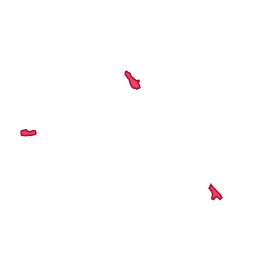 the district of Mu'omu'a, Tonga, rotated 190°
{"feature_id": "48082658B47092597141072", "entity_name": "Mu'omu'a", "entity_type": "district", "adm_level": 2, "iso_a3": "TON", "parent_name": "Tonga", "parent_adm1": "", "projection": "natural_earth1", "projection_center": [-174.718, -20.295], "detail": "fine", "context": "isolated", "style": "filled", "palette": "rose", "viewbox_px": 256, "rotation_deg": 190, "n_neighbors": 0, "source": "geoboundaries", "source_scale": "gbopen_adm2", "svg_char_len": 1615}
<svg xmlns="http://www.w3.org/2000/svg" viewBox="0 0 256 256"><g transform="rotate(190 128 128)"><path d="M130.6,168.7L129.4,168.2L128.0,168.4L126.8,168.3L126.1,167.9L125.1,168.6L123.7,169.4L123.3,170.1L123.7,170.8L124.3,171.7L124.6,172.5L125.0,172.8L125.5,173.4L125.9,174.0L126.0,174.7L125.2,175.3L125.1,176.0L125.1,176.3L125.8,176.8L126.3,176.7L126.2,176.3L127.3,176.1L128.5,176.2L129.2,176.8L130.3,177.1L130.8,177.8L131.3,178.1L132.0,178.3L133.2,178.9L134.2,179.9L134.8,181.1L135.3,181.9L136.2,182.5L137.7,182.7L138.1,183.1L138.6,183.3L139.5,183.6L139.9,183.4L140.2,183.0L140.2,182.3L140.1,182.2L140.2,181.5L140.2,180.7L139.9,180.3L138.8,179.1L137.0,177.2L136.6,176.8L135.9,176.8L135.5,176.3L134.1,173.4L132.9,171.4L132.1,170.2L131.1,169.1L130.6,168.7ZM34.0,79.5L34.0,78.9L33.4,77.8L33.1,76.4L32.9,75.9L33.2,74.2L33.4,73.2L32.7,72.7L32.2,72.4L31.3,72.4L30.6,73.6L28.7,76.1L26.8,74.8L26.2,74.5L24.9,73.6L24.3,74.5L23.4,75.7L24.8,77.3L25.2,78.1L25.8,78.5L26.2,79.1L27.7,79.7L28.3,80.5L29.4,81.0L30.6,81.9L31.6,82.8L34.0,84.4L34.6,85.2L35.6,85.7L36.5,86.8L36.8,85.7L37.4,83.7L37.7,82.7L37.0,82.3L36.7,82.5L36.0,81.6L35.9,80.9L35.5,80.6L34.6,80.8L34.2,80.3L34.0,79.5ZM225.5,103.5L224.4,103.8L223.1,103.8L221.9,103.9L220.4,104.9L219.2,105.1L217.9,106.0L217.8,107.0L218.2,108.0L218.9,109.1L220.3,109.2L221.6,108.6L223.9,107.2L226.4,107.4L226.6,107.5L227.9,108.6L230.1,107.7L231.9,107.0L232.6,106.0L232.4,104.8L232.1,104.0L231.8,103.4L232.0,103.1L231.7,102.6L231.3,102.2L230.4,102.5L229.3,102.5L228.4,102.5L227.1,102.9L226.1,102.8L225.7,103.4L225.5,103.5Z" fill="#f43f5e" stroke="#9f1239" stroke-width="1.5"/></g></svg>